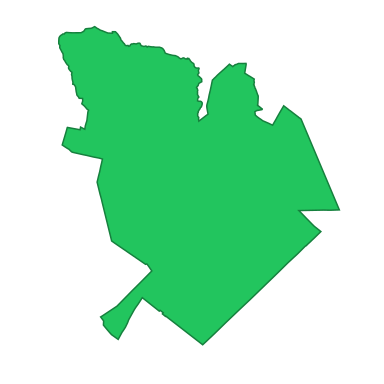 outline of Zapotlán de Juárez, Hidalgo, Mexico, rotated 6°
{"feature_id": "50627088B44175413136073", "entity_name": "Zapotlán de Juárez", "entity_type": "district", "adm_level": 2, "iso_a3": "MEX", "parent_name": "Mexico", "parent_adm1": "Hidalgo", "projection": "orthographic", "projection_center": [-98.863, 19.987], "detail": "fine", "context": "isolated", "style": "filled", "palette": "green", "viewbox_px": 384, "rotation_deg": 6, "n_neighbors": 0, "source": "geoboundaries", "source_scale": "gbopen_adm2", "svg_char_len": 5684}
<svg xmlns="http://www.w3.org/2000/svg" viewBox="0 0 384 384"><g transform="rotate(6 192 192)"><path d="M247.8,89.6L246.9,88.0L246.3,86.7L245.9,85.9L245.6,85.1L245.4,84.7L245.0,84.2L244.9,83.9L244.8,83.5L244.4,82.8L244.1,82.4L243.8,82.1L243.7,81.9L243.6,81.4L243.5,81.1L243.3,80.7L243.1,80.5L242.7,79.6L242.5,79.1L242.5,78.9L242.1,78.8L242.1,78.7L242.4,77.4L242.4,77.1L242.5,76.5L242.5,76.2L242.2,75.7L242.1,75.2L242.0,74.8L242.0,74.3L242.1,73.2L237.0,70.7L236.8,70.7L236.6,70.6L232.4,68.5L232.0,68.3L232.5,59.9L232.5,59.5L232.3,58.5L231.1,58.6L230.0,58.8L225.8,59.2L224.8,59.3L224.0,59.8L223.3,60.3L222.6,60.5L222.3,60.6L221.4,61.0L221.0,61.6L220.1,62.3L219.5,63.0L219.3,62.8L217.8,62.1L216.6,61.4L215.8,61.0L215.7,61.2L212.4,65.0L211.3,66.2L210.8,66.9L210.3,67.3L208.7,69.1L207.4,70.5L205.1,73.1L203.4,75.3L202.2,76.6L201.4,77.7L200.6,78.6L200.2,82.5L200.0,84.7L199.6,88.4L199.6,88.7L199.6,88.8L199.4,90.1L199.0,93.3L198.9,93.9L198.9,94.3L198.7,96.7L198.6,97.6L198.3,100.2L198.0,101.9L197.8,103.2L197.7,103.8L197.7,105.0L197.8,105.7L198.1,107.1L199.8,112.9L197.6,114.9L197.0,115.5L191.4,120.8L190.9,118.9L190.9,117.1L189.9,116.2L189.6,115.3L189.7,114.7L189.5,114.2L189.4,113.6L189.5,113.0L189.8,112.6L189.9,112.1L189.7,111.6L190.6,109.5L190.8,109.0L191.2,108.6L191.4,107.9L191.6,107.2L192.0,106.8L192.4,106.4L192.7,105.0L192.9,104.1L192.9,103.0L192.9,102.5L192.5,101.8L191.8,101.2L191.1,100.9L190.1,100.9L189.2,101.1L188.3,100.7L188.0,100.7L188.0,99.8L187.9,99.1L188.0,98.5L188.1,97.9L188.6,97.4L188.9,96.8L188.4,96.4L187.9,95.6L187.9,95.2L187.4,94.8L187.1,94.1L187.2,93.5L187.2,93.1L187.1,92.3L186.9,91.9L187.0,91.1L187.1,90.2L186.8,89.5L186.3,88.4L185.6,87.9L185.6,87.4L185.9,86.9L186.5,86.4L186.5,85.8L187.0,85.4L187.4,83.3L190.2,81.3L190.0,80.1L189.9,79.0L189.6,78.4L187.7,76.9L186.9,76.3L186.3,76.1L185.7,75.4L185.4,74.6L185.6,74.2L186.0,73.7L186.3,73.3L186.4,72.7L186.0,71.8L185.6,70.5L185.8,69.9L186.0,69.1L186.1,68.4L185.8,68.0L185.3,68.0L184.0,68.3L183.2,68.2L182.7,68.0L182.1,67.7L181.7,67.5L181.0,66.6L180.7,65.4L180.7,65.1L180.2,64.1L178.7,63.4L178.1,63.0L176.7,61.8L176.2,61.0L174.8,59.5L174.0,60.2L173.4,59.5L172.4,60.4L171.2,60.2L170.4,59.7L169.8,59.5L169.1,59.6L168.5,59.9L167.9,60.4L166.9,60.7L165.6,60.2L163.9,59.0L161.2,58.1L158.6,58.1L156.1,57.8L154.7,57.6L151.9,57.0L150.8,56.6L150.1,55.2L149.4,54.0L148.0,52.5L146.9,51.9L144.6,51.4L140.5,51.8L138.1,51.7L137.4,51.9L134.8,51.8L133.9,51.7L133.2,51.7L132.8,52.2L132.2,52.5L131.8,52.1L130.9,51.6L129.8,52.0L129.0,52.3L127.7,52.1L126.3,51.8L125.9,51.4L125.4,50.7L125.0,50.0L124.5,49.5L123.6,49.5L122.2,49.9L121.4,50.5L120.7,50.6L118.5,50.5L117.4,51.0L116.4,51.1L115.4,51.9L115.2,52.9L113.9,53.7L113.5,53.3L113.0,52.9L112.2,53.2L111.4,53.3L110.7,53.2L110.0,52.8L109.3,51.7L108.3,51.0L106.8,49.4L106.0,48.6L105.3,48.1L105.3,47.9L104.8,46.5L101.4,42.5L99.1,40.6L96.1,40.9L96.3,42.4L91.6,42.7L91.1,42.5L90.6,42.4L87.1,41.4L86.1,41.1L85.3,40.9L84.5,40.8L83.4,40.4L81.8,39.6L80.2,39.0L78.9,38.2L77.9,37.7L77.1,38.2L76.3,38.8L74.7,39.7L72.4,40.1L70.0,40.6L69.3,40.8L68.8,41.2L68.5,41.6L68.0,42.9L67.5,43.3L67.1,43.8L65.0,45.2L56.3,46.2L52.5,46.4L50.6,46.4L49.8,46.7L48.8,47.4L48.6,48.1L46.9,48.4L46.2,49.2L45.3,49.8L44.2,51.1L43.6,52.7L43.7,55.8L44.0,58.4L44.6,59.3L45.3,60.0L45.3,61.0L45.4,62.4L47.3,65.2L48.2,66.6L49.2,67.8L49.8,70.2L49.9,71.9L50.6,73.6L51.5,74.4L52.6,76.0L53.7,77.4L54.7,78.5L55.7,79.0L56.4,80.1L56.2,81.1L56.4,82.1L57.2,83.1L58.3,84.2L59.1,84.9L60.0,85.4L60.1,86.1L59.9,87.9L60.5,89.2L60.9,91.8L61.3,93.1L61.9,94.7L62.2,95.9L62.1,96.8L62.2,97.3L63.4,97.4L64.4,98.5L65.2,99.6L66.4,104.5L66.8,105.6L67.2,106.8L67.3,107.4L67.8,108.1L68.9,109.0L69.3,109.6L70.0,110.6L73.4,110.4L73.8,112.9L73.2,115.8L76.2,117.9L79.1,120.7L80.0,121.1L80.5,121.4L80.6,121.6L80.4,122.1L80.2,122.8L80.1,123.3L80.0,131.9L79.7,133.6L79.5,134.4L79.3,135.6L79.0,137.2L78.8,140.8L74.4,139.1L74.2,141.8L61.3,140.8L61.2,141.0L60.3,146.4L58.0,158.8L61.2,160.5L63.8,161.8L64.9,162.2L68.1,164.7L69.3,165.0L70.8,165.2L80.1,166.3L83.4,166.6L90.3,167.5L96.4,168.0L96.8,168.1L99.5,168.6L99.1,172.2L98.6,176.0L98.1,181.3L97.4,185.9L97.1,188.3L96.6,192.1L100.4,202.7L100.9,204.1L101.4,205.3L102.8,208.9L103.4,210.7L103.6,211.3L115.6,244.6L117.2,249.1L120.0,250.7L153.4,268.8L154.6,268.3L155.0,268.6L157.4,271.3L159.3,273.6L160.3,274.7L156.4,279.6L147.7,290.4L142.8,296.4L129.3,313.4L116.0,324.4L114.2,325.8L117.6,329.5L117.8,333.6L120.3,336.1L125.0,340.6L126.9,342.3L134.0,346.3L137.1,338.8L137.9,337.4L139.9,333.5L141.6,328.8L142.3,326.0L143.1,324.0L146.9,315.1L148.0,312.9L150.2,309.0L152.7,304.1L153.6,302.3L171.9,313.9L172.6,313.0L176.0,315.1L175.3,316.3L178.6,318.5L178.9,318.2L218.6,342.8L229.2,330.5L239.4,318.2L250.9,304.7L261.8,292.0L269.6,282.7L286.0,263.1L294.7,252.5L303.8,242.1L310.0,234.4L310.9,233.5L311.2,233.5L312.0,232.5L312.0,232.4L315.3,228.7L315.9,227.9L318.0,225.5L324.3,217.9L317.3,213.4L314.3,211.0L308.5,206.2L302.3,201.0L300.2,199.3L325.0,196.2L331.0,195.7L340.4,194.4L292.8,108.0L291.5,107.2L291.0,107.0L290.3,106.7L290.1,106.4L285.5,103.6L281.3,101.0L280.4,100.6L279.1,99.7L274.2,96.7L270.8,104.2L270.6,104.7L268.9,108.6L268.0,110.8L266.1,115.0L265.2,117.1L262.8,116.3L261.2,115.7L257.6,114.6L256.7,114.3L255.0,113.8L253.0,112.6L250.7,111.4L248.7,110.2L246.8,108.8L246.7,107.9L246.1,105.6L246.9,105.0L247.9,104.2L248.4,104.0L248.5,104.1L252.9,102.8L253.1,102.6L253.2,102.2L253.0,101.9L252.8,101.9L252.7,101.9L252.5,102.1L252.4,102.1L252.2,102.0L252.0,101.3L251.9,101.2L251.1,100.9L250.9,100.6L250.4,100.3L250.3,100.2L250.0,100.0L249.7,99.9L249.4,99.7L249.1,99.5L248.8,99.3L248.6,99.3L248.3,99.2L248.1,99.0L248.1,98.4L248.3,98.1L248.0,91.8L247.8,89.6Z" fill="#22c55e" stroke="#15803d" stroke-width="1.5"/></g></svg>